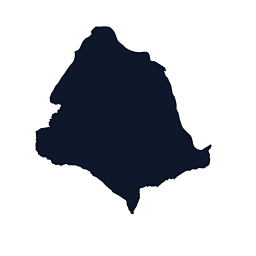 Thala Barivat, Stœng Trêng, Cambodia, rotated 305°
{"feature_id": "14789045B9277653142269", "entity_name": "Thala Barivat", "entity_type": "district", "adm_level": 2, "iso_a3": "KHM", "parent_name": "Cambodia", "parent_adm1": "Stœng Trêng", "projection": "albers", "projection_center": [105.709, 13.631], "detail": "fine", "context": "isolated", "style": "filled", "palette": "ink", "viewbox_px": 256, "rotation_deg": 305, "n_neighbors": 0, "source": "geoboundaries", "source_scale": "gbopen_adm2", "svg_char_len": 5647}
<svg xmlns="http://www.w3.org/2000/svg" viewBox="0 0 256 256"><g transform="rotate(305 128 128)"><path d="M61.2,181.0L62.2,179.8L62.9,179.6L69.5,179.1L71.9,178.3L72.9,178.3L74.0,178.0L74.5,177.6L75.0,177.6L75.2,177.4L75.6,177.5L76.0,177.3L77.4,177.2L77.8,176.7L77.9,176.4L79.9,175.3L81.6,173.6L82.0,173.4L82.5,173.0L82.9,173.0L83.7,172.2L84.7,171.7L85.7,172.0L86.2,171.8L86.2,172.1L86.9,172.1L87.1,172.3L87.1,172.7L87.7,173.0L87.6,173.5L88.3,173.9L89.1,174.6L89.5,174.8L90.2,174.8L90.3,175.2L91.0,175.7L91.8,176.0L92.1,176.6L92.4,176.7L92.4,176.9L91.9,176.9L91.8,177.2L92.0,177.1L92.9,177.6L93.6,177.6L93.3,178.1L93.4,178.6L94.1,178.9L94.2,179.1L94.2,179.4L93.8,179.7L93.8,180.0L94.6,180.8L94.7,181.2L95.4,181.3L95.2,181.8L95.3,182.1L97.0,183.4L97.1,183.9L97.0,184.5L97.3,185.0L97.1,185.4L98.1,185.7L99.2,185.8L100.6,186.4L101.5,186.4L101.9,186.3L101.9,186.1L102.5,186.0L102.7,186.3L102.5,186.5L102.6,186.8L103.3,187.2L104.2,187.2L104.7,187.7L105.1,187.2L105.3,187.3L105.7,187.8L106.0,187.9L107.1,187.7L107.6,188.1L107.7,188.5L107.6,188.8L107.9,188.9L108.3,189.1L108.8,188.8L108.5,189.7L108.7,189.8L109.8,189.8L110.8,190.2L111.4,190.8L111.6,191.6L111.2,192.0L111.7,192.7L112.1,192.5L112.6,192.6L112.9,192.9L113.1,193.3L113.1,194.6L113.6,194.3L114.2,194.5L114.5,195.1L115.1,195.4L115.8,194.8L116.4,194.8L116.5,195.1L117.1,195.5L117.2,195.9L118.2,196.1L118.9,195.5L119.2,195.5L119.8,196.7L120.5,197.1L123.1,198.0L124.7,198.8L126.5,199.4L127.2,200.4L128.1,201.1L128.3,201.1L128.6,201.7L128.8,202.6L129.1,202.9L131.3,203.5L131.9,204.0L132.8,205.8L133.9,207.3L134.8,207.7L135.6,207.8L136.5,208.2L136.7,209.0L137.1,209.8L137.9,210.7L138.6,212.3L139.7,213.3L141.8,213.5L142.8,214.5L143.6,214.7L145.4,214.6L149.2,212.7L150.0,211.6L150.8,210.7L152.5,210.0L154.5,206.8L155.1,206.6L155.8,206.1L156.7,205.8L157.6,205.9L157.4,206.2L158.6,206.5L159.1,206.3L160.2,206.2L161.1,206.0L161.2,205.6L158.1,204.3L156.1,203.3L153.4,202.3L151.9,201.6L151.1,200.7L150.6,199.9L149.8,197.4L149.6,195.8L149.9,193.5L150.4,192.2L151.2,190.8L152.2,189.6L154.5,187.2L156.4,184.8L157.1,183.0L158.5,174.4L159.5,171.5L164.7,164.3L166.3,162.9L168.1,160.8L168.7,160.4L169.9,157.9L170.9,156.4L171.7,155.7L173.9,154.3L175.3,153.1L178.4,149.6L180.0,147.4L180.1,146.5L180.8,145.2L181.7,143.9L186.6,139.0L187.5,137.9L190.2,133.0L190.7,132.5L191.3,131.0L191.5,128.9L193.8,125.7L194.5,124.3L194.7,123.2L195.1,123.1L195.7,123.4L196.0,123.7L196.3,125.3L196.7,125.3L197.1,124.8L197.9,123.2L197.9,121.8L197.7,119.4L197.7,117.4L197.4,112.7L197.1,111.3L195.6,109.3L195.6,107.8L196.4,106.3L199.2,103.7L200.1,102.4L200.5,101.6L200.5,100.3L200.3,99.7L198.7,97.3L196.4,94.9L194.8,92.3L194.0,90.8L192.5,86.5L192.0,83.9L191.8,82.1L191.7,79.3L192.3,76.6L192.6,72.1L193.3,68.8L196.1,64.9L198.1,61.8L198.8,60.0L199.2,58.2L199.5,55.9L199.2,54.4L198.0,52.1L196.7,50.2L194.3,47.3L192.2,44.1L191.9,44.3L191.3,43.9L190.0,43.4L189.4,43.4L186.5,43.0L185.9,43.3L185.3,43.8L185.1,44.1L184.9,45.0L183.8,45.0L180.3,44.4L178.1,43.2L176.4,42.4L172.9,42.0L166.1,43.3L163.9,43.3L163.1,43.1L159.9,41.3L158.5,42.7L155.6,44.4L153.9,45.1L151.7,45.6L149.6,45.8L146.5,45.3L140.9,45.2L136.9,45.4L131.1,45.2L125.0,45.7L121.0,45.2L118.2,45.5L117.9,45.7L112.0,46.1L109.4,46.9L108.3,47.0L107.9,47.4L107.4,48.2L106.8,48.4L106.4,48.8L105.6,49.1L105.5,49.4L105.3,50.9L105.8,51.6L105.5,52.1L105.8,52.3L106.3,52.3L106.5,52.5L106.5,53.3L106.1,53.7L106.1,54.8L106.5,55.0L106.9,54.8L107.2,55.0L106.9,55.7L107.0,55.9L107.9,56.5L108.7,56.1L109.2,56.8L109.3,57.2L109.0,57.9L109.4,58.2L108.8,58.6L109.2,59.2L109.1,59.9L108.6,60.9L107.9,61.1L107.3,61.1L106.3,61.5L105.5,61.4L105.2,61.5L104.7,62.3L104.4,62.5L104.1,62.4L103.6,61.7L102.5,60.9L102.3,61.6L101.7,61.3L101.0,61.6L100.7,62.3L99.6,62.1L98.4,60.8L98.2,60.1L97.4,59.7L96.7,59.6L95.8,58.8L95.6,58.8L94.9,59.5L94.3,59.6L93.8,59.3L93.6,59.4L93.4,59.9L93.1,60.2L91.9,60.7L91.4,60.7L90.5,59.9L90.4,60.5L90.0,60.8L89.0,60.5L88.7,60.5L88.1,60.8L87.4,60.6L87.1,60.8L86.5,61.6L86.2,61.6L85.7,61.7L85.5,62.5L85.2,62.8L85.4,63.6L84.8,64.0L83.0,64.0L82.8,63.7L82.7,62.8L82.0,62.5L81.7,61.9L81.3,62.1L80.8,61.9L81.1,61.6L80.8,61.0L80.6,61.2L80.3,60.8L80.4,60.4L80.0,60.1L79.8,60.0L79.2,60.2L78.9,60.0L78.6,59.3L78.7,58.9L78.4,58.3L77.7,57.5L76.7,57.1L76.1,57.1L75.3,56.3L74.8,56.5L74.3,56.5L73.6,55.8L72.4,55.2L72.2,55.2L71.9,55.8L71.4,55.9L70.9,56.6L70.1,57.2L69.8,57.3L69.5,57.6L69.1,57.8L68.9,58.2L68.6,58.1L68.2,58.6L68.3,59.0L68.1,59.3L67.6,59.5L67.2,59.5L66.5,59.8L66.2,59.6L66.0,59.9L65.8,60.0L65.8,60.6L65.3,60.7L64.9,62.0L64.5,61.6L64.2,61.8L63.5,61.5L63.4,61.6L63.1,61.6L62.9,62.0L62.3,62.1L61.4,63.0L61.1,62.8L60.8,62.9L59.8,64.2L59.3,64.4L58.9,64.5L57.9,65.1L57.5,66.6L57.6,67.0L57.3,67.4L57.6,67.7L56.9,68.3L56.8,68.7L56.6,68.8L56.6,69.0L56.3,69.4L56.0,69.4L55.8,69.6L56.3,69.8L56.0,70.5L56.2,70.8L56.0,71.2L55.7,71.2L55.6,71.4L55.8,72.0L55.5,72.6L55.9,73.0L55.9,74.3L56.2,74.2L56.3,74.4L55.9,74.9L56.8,75.1L57.3,75.8L57.0,76.4L57.6,76.5L57.4,77.1L57.7,77.9L58.1,78.4L57.9,78.5L58.0,78.7L57.0,79.4L56.8,80.4L57.4,80.8L58.1,81.8L58.0,82.6L58.3,83.1L57.8,83.7L57.6,84.6L57.3,84.6L56.9,85.0L56.9,85.4L56.3,86.0L56.3,86.8L56.8,87.5L56.9,89.9L57.6,90.3L57.8,90.7L58.8,91.4L58.8,92.5L59.4,94.7L61.4,95.7L62.0,96.4L62.9,96.5L63.6,97.3L64.4,100.8L67.9,106.0L69.5,111.3L69.4,114.4L70.2,116.4L70.9,117.3L70.9,119.6L71.3,121.8L71.1,122.4L70.2,123.6L70.2,125.0L69.5,126.1L69.5,127.2L70.1,129.3L70.2,130.5L69.9,138.0L69.0,141.9L68.3,147.6L68.3,149.6L67.3,152.8L68.1,158.9L68.2,160.4L68.1,164.2L68.0,164.4L68.3,166.1L68.3,167.9L67.7,169.1L67.3,169.6L64.9,171.5L63.6,174.0L61.9,176.0L61.8,177.6L61.3,178.5L60.4,179.3L60.5,180.4L61.2,181.0Z" fill="#0f172a" stroke="#020617" stroke-width="1.5"/></g></svg>